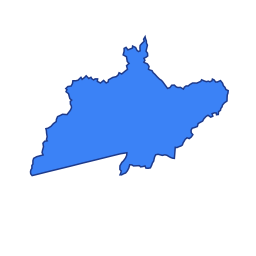 Barão do Triunfo, Rio Grande do Sul, Brazil, rotated 29°
{"feature_id": "56859067B82234756423310", "entity_name": "Barão do Triunfo", "entity_type": "district", "adm_level": 2, "iso_a3": "BRA", "parent_name": "Brazil", "parent_adm1": "Rio Grande do Sul", "projection": "orthographic", "projection_center": [-51.79, -30.431], "detail": "fine", "context": "isolated", "style": "filled", "palette": "blue", "viewbox_px": 256, "rotation_deg": 29, "n_neighbors": 0, "source": "geoboundaries", "source_scale": "gbopen_adm2", "svg_char_len": 2861}
<svg xmlns="http://www.w3.org/2000/svg" viewBox="0 0 256 256"><g transform="rotate(29 128 128)"><path d="M98.7,39.9L98.6,42.8L100.1,44.3L99.1,47.5L98.6,49.9L99.5,52.0L101.2,54.6L100.1,56.0L98.3,55.8L95.6,53.9L92.3,54.1L93.1,56.0L90.0,59.7L87.2,58.4L86.0,60.3L87.4,62.7L88.3,66.4L92.1,66.4L95.1,70.2L97.6,71.0L96.5,74.2L99.1,76.9L98.1,79.2L96.3,83.8L93.4,84.0L93.7,86.3L92.8,88.8L90.1,91.2L87.6,95.3L88.3,97.3L87.1,99.2L83.6,98.2L82.1,102.0L78.6,102.1L77.6,99.8L75.4,101.0L74.6,102.6L72.6,102.5L71.0,101.6L69.7,103.7L66.1,102.6L65.5,104.9L64.3,107.7L62.3,106.5L61.1,110.5L59.3,112.1L56.9,113.4L57.9,116.1L57.9,118.9L55.3,120.9L54.5,123.7L56.0,124.0L56.2,126.3L59.3,126.8L62.9,130.5L65.2,130.9L64.7,132.8L66.1,135.1L67.7,136.1L68.8,137.8L69.0,140.4L68.2,145.8L64.1,147.7L62.7,149.8L60.9,152.2L61.2,155.1L62.1,157.2L60.6,160.4L59.9,163.8L58.1,167.0L56.5,168.4L57.9,169.9L59.3,172.0L61.6,174.9L62.2,177.5L63.5,178.4L61.5,180.0L61.0,182.6L63.2,185.4L64.0,188.8L64.7,191.1L66.8,192.7L62.0,197.4L60.2,200.3L60.7,202.7L62.3,205.6L62.1,207.4L63.5,209.9L63.4,211.7L63.9,213.5L65.1,215.2L67.2,216.1L70.6,213.0L80.0,204.2L97.1,188.4L105.6,180.4L110.5,175.9L115.9,170.9L127.5,160.1L134.1,154.0L139.0,150.2L140.1,152.5L140.4,155.6L139.9,159.3L139.3,161.1L139.3,165.0L141.0,168.2L142.9,168.9L143.5,170.7L143.7,172.8L145.1,172.1L146.3,170.2L147.7,168.5L148.2,165.8L148.1,162.6L147.3,159.3L149.2,158.4L151.2,158.5L152.8,157.5L154.4,156.5L156.3,155.4L157.9,155.9L159.6,154.6L161.3,153.0L163.1,154.4L165.1,153.5L166.9,152.0L166.7,149.0L166.3,146.7L166.5,144.6L166.0,143.0L165.3,140.4L165.2,138.0L167.0,136.4L169.7,135.7L171.3,135.3L173.2,133.6L175.2,133.0L177.3,133.1L179.6,133.1L181.5,132.8L183.3,132.1L178.7,122.0L180.3,121.4L181.7,119.5L183.0,118.1L183.8,116.5L183.4,114.1L183.5,112.2L183.5,110.2L184.4,107.9L186.7,107.6L187.7,105.2L188.0,102.4L185.6,101.5L184.2,99.3L184.2,97.1L186.0,95.3L187.9,93.1L187.2,90.1L188.6,87.8L189.9,85.8L189.9,83.1L190.7,80.0L191.8,78.1L193.4,78.2L195.1,78.4L196.5,76.6L194.6,74.7L196.3,72.8L197.9,72.1L199.0,73.5L200.4,72.4L199.3,69.8L200.3,67.7L199.7,66.0L200.0,64.0L199.5,62.1L200.1,59.3L201.5,56.4L200.0,53.5L198.8,51.0L198.5,49.0L197.5,46.7L195.0,46.9L193.0,45.4L191.0,44.8L189.0,43.0L187.4,42.3L185.9,41.7L183.8,44.5L182.3,45.3L180.0,44.2L178.1,44.3L178.5,46.0L177.2,47.9L175.5,48.1L174.1,49.5L171.7,49.9L169.0,50.1L169.0,52.0L166.4,55.4L164.2,56.5L162.7,57.3L161.1,59.9L160.2,62.1L158.4,63.1L157.5,65.0L157.6,67.1L155.8,67.1L154.2,67.0L152.0,68.4L150.4,68.7L147.7,68.0L145.5,69.4L145.1,72.3L143.4,74.2L135.6,70.6L134.0,70.1L132.0,70.0L128.7,69.1L125.6,68.0L123.1,67.4L121.2,66.2L118.9,66.7L117.4,66.7L116.6,64.0L115.1,63.1L113.6,62.5L111.5,62.8L109.9,62.7L110.0,60.6L108.1,59.3L109.4,57.5L110.3,55.4L108.8,53.1L106.5,52.0L104.8,46.1L103.0,44.8L101.8,42.9L100.1,41.5L98.7,39.9Z" fill="#3b82f6" stroke="#1e3a8a" stroke-width="1.5"/></g></svg>